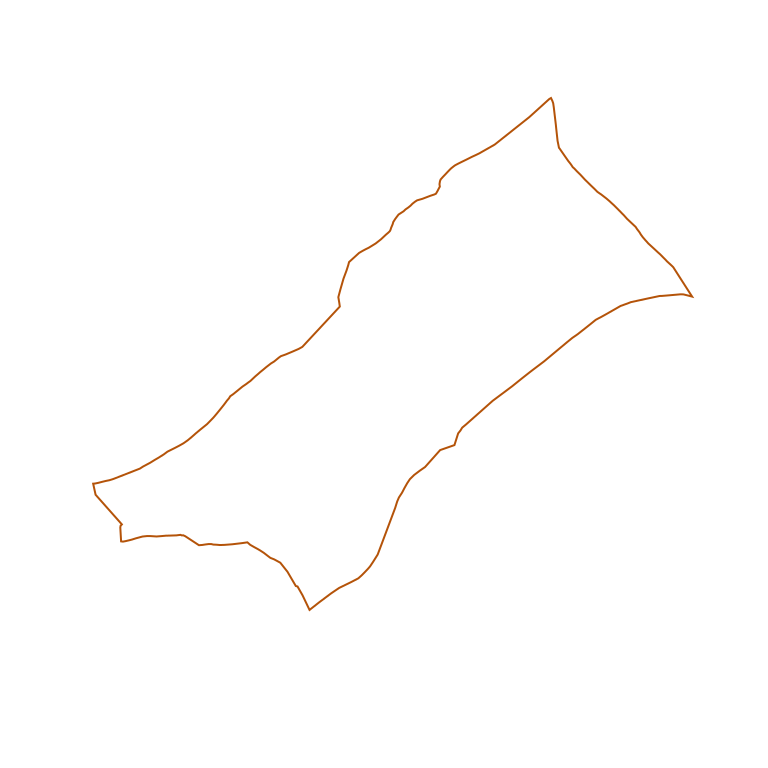 outline of Cap Estate/Saddle Back, Gros Islet, Saint Lucia, rotated 237°
{"feature_id": "8701671B10713626030510", "entity_name": "Cap Estate/Saddle Back", "entity_type": "district", "adm_level": 2, "iso_a3": "LCA", "parent_name": "Saint Lucia", "parent_adm1": "Gros Islet", "projection": "equal_earth", "projection_center": [-60.942, 14.101], "detail": "fine", "context": "isolated", "style": "outline", "palette": "amber", "viewbox_px": 768, "rotation_deg": 237, "n_neighbors": 0, "source": "geoboundaries", "source_scale": "gbopen_adm2", "svg_char_len": 3654}
<svg xmlns="http://www.w3.org/2000/svg" viewBox="0 0 768 768"><g transform="rotate(237 384 384)"><path d="M532.9,679.8L533.0,677.9L528.7,651.2L524.5,607.2L525.4,591.9L525.5,589.8L526.0,585.8L526.6,581.7L527.3,575.4L528.0,569.7L528.4,566.2L528.7,562.8L528.6,560.9L528.3,557.8L527.9,555.8L527.2,552.8L526.4,549.6L525.6,546.2L524.7,542.9L523.6,541.4L521.4,539.4L519.1,538.3L518.2,536.6L516.6,533.8L515.3,531.2L515.5,529.6L516.6,525.4L518.4,517.0L520.0,511.8L520.0,509.2L519.7,506.0L519.1,503.4L518.8,500.5L518.7,497.1L518.2,494.5L518.2,492.2L518.2,488.5L517.6,486.8L516.4,483.5L514.8,480.0L513.3,478.3L511.0,474.9L509.8,473.5L509.0,472.1L508.6,470.1L508.2,467.0L507.0,460.3L506.4,453.6L506.5,448.9L506.6,445.4L507.0,442.1L507.3,438.6L507.5,434.5L505.3,421.1L503.2,418.8L499.6,414.4L494.4,407.4L487.2,399.1L481.7,393.0L476.2,390.6L473.0,389.1L459.6,335.7L459.9,331.5L461.0,324.9L462.3,317.7L462.7,316.0L463.5,312.7L463.4,310.2L462.7,304.0L462.8,300.4L462.3,294.4L461.8,290.4L461.4,286.6L461.0,284.0L460.5,280.2L459.9,276.9L459.3,273.6L459.2,271.1L459.0,268.4L458.9,263.9L458.4,259.3L457.6,251.8L457.5,248.4L456.4,246.1L455.6,243.3L453.8,238.5L452.2,233.7L450.1,227.2L448.7,222.5L447.5,217.3L446.7,213.7L446.2,208.9L445.7,204.1L445.1,199.3L444.3,193.9L443.7,188.8L443.5,183.5L443.8,178.6L444.3,173.5L444.8,169.1L445.2,165.5L444.9,160.9L445.0,154.4L445.2,150.3L445.3,145.1L446.0,136.9L446.0,133.2L451.6,106.0L452.0,104.3L452.9,101.2L454.2,97.9L455.4,94.5L456.8,90.3L457.9,87.5L458.8,85.8L448.2,81.8L409.0,87.7L408.6,85.9L407.3,84.7L395.2,77.8L394.0,79.2L393.0,81.6L391.7,85.2L390.8,87.9L389.7,91.9L387.6,98.4L385.4,102.7L383.5,105.5L380.0,110.2L377.5,114.8L375.5,118.6L373.7,121.5L371.6,125.0L370.2,127.3L368.3,131.2L367.1,132.0L366.5,133.2L364.6,134.4L349.6,141.0L348.0,143.9L346.7,146.8L345.3,149.7L343.9,151.9L342.3,153.4L340.2,156.3L338.3,158.7L335.9,162.7L332.2,169.5L328.1,177.8L325.6,183.2L322.0,184.2L317.9,186.3L314.4,188.2L312.0,189.4L307.7,191.3L303.4,192.8L300.1,194.0L296.7,196.4L290.6,199.7L280.0,200.7L279.4,200.8L262.6,200.0L261.3,201.2L254.5,200.8L251.1,200.6L235.1,198.5L236.2,210.7L237.2,225.4L237.3,230.2L237.4,235.3L235.8,248.3L235.0,256.6L235.7,261.1L236.6,265.2L237.7,269.8L238.6,272.9L240.7,277.8L244.4,285.8L248.9,291.9L250.0,293.4L274.0,325.9L278.3,331.1L280.7,334.7L283.0,339.9L285.6,344.5L288.2,349.5L290.1,353.9L291.3,359.8L291.8,366.8L292.0,373.2L298.0,395.1L294.4,409.8L302.2,419.3L303.4,422.9L303.8,423.7L304.8,425.8L305.4,430.8L310.7,465.9L312.3,490.2L313.6,502.9L314.5,512.8L314.8,516.6L315.8,530.6L319.4,560.6L320.1,567.1L320.2,571.6L320.3,573.9L320.5,576.0L321.4,585.8L322.5,596.5L322.2,600.2L322.0,601.8L321.6,607.5L321.1,616.1L320.9,619.6L320.6,625.0L320.1,626.9L319.7,628.8L318.9,632.1L318.2,635.6L311.8,652.5L310.7,655.3L307.7,663.1L306.6,664.9L306.1,665.8L303.2,671.2L297.9,681.2L296.8,682.9L295.9,684.1L293.1,686.7L289.5,690.0L309.1,690.1L324.4,690.2L326.3,689.8L332.9,688.1L334.8,687.8L337.6,687.2L342.5,686.2L345.0,685.5L349.8,684.3L353.7,683.3L357.9,682.2L360.1,681.9L362.4,681.5L364.0,681.3L366.1,681.0L369.7,680.8L371.0,680.9L372.4,680.9L376.1,680.6L377.6,680.6L378.7,680.6L390.1,677.8L394.7,677.1L396.2,676.8L397.0,676.6L400.8,675.9L401.5,675.7L402.6,675.5L408.7,674.2L412.1,673.3L414.2,672.8L418.3,671.6L424.9,669.3L426.0,668.8L429.0,667.6L431.5,667.1L433.4,666.7L434.2,666.5L438.9,665.4L446.1,663.8L449.7,663.2L452.6,662.7L457.5,661.6L460.9,661.0L461.7,660.8L463.0,660.4L465.6,660.4L467.6,660.3L469.6,660.1L470.4,660.0L476.1,659.8L482.6,659.6L486.2,659.5L486.8,659.4L493.4,662.0L504.7,667.7L507.8,669.3L523.6,677.1L527.3,678.8L529.8,679.4L532.9,679.8Z" fill="none" stroke="#b45309" stroke-width="2"/></g></svg>